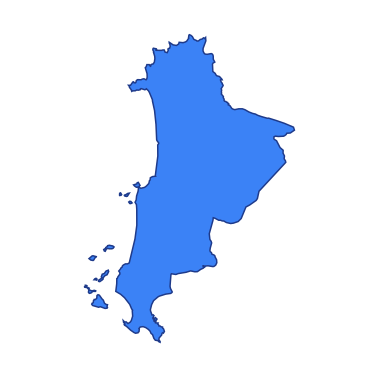 outline of Kiri Sakor, Kaôh Kong, Cambodia, rotated 13°
{"feature_id": "14789045B21288093424690", "entity_name": "Kiri Sakor", "entity_type": "district", "adm_level": 2, "iso_a3": "KHM", "parent_name": "Cambodia", "parent_adm1": "Kaôh Kong", "projection": "albers", "projection_center": [103.125, 11.088], "detail": "fine", "context": "isolated", "style": "filled", "palette": "blue", "viewbox_px": 384, "rotation_deg": 13, "n_neighbors": 0, "source": "geoboundaries", "source_scale": "gbopen_adm2", "svg_char_len": 6060}
<svg xmlns="http://www.w3.org/2000/svg" viewBox="0 0 384 384"><g transform="rotate(13 192 192)"><path d="M276.3,106.0L266.6,104.3L258.0,103.4L250.1,102.8L248.7,103.2L242.8,102.9L238.8,102.5L236.3,101.8L233.4,101.8L229.4,101.2L225.1,99.9L222.4,99.6L218.9,100.4L215.2,102.1L213.8,102.1L212.1,101.7L209.5,99.3L207.8,98.9L208.1,98.0L207.8,97.7L207.3,97.8L206.5,96.7L205.6,96.8L204.7,96.2L203.3,96.2L202.7,95.7L202.4,94.3L201.2,93.0L201.1,91.9L198.5,89.9L198.6,89.0L198.0,87.4L198.0,86.1L197.2,84.8L198.4,81.3L198.0,80.6L197.3,80.2L197.1,79.3L195.8,78.4L194.5,76.4L194.9,75.9L196.1,75.8L195.8,75.4L192.8,73.3L190.1,73.2L189.1,72.6L187.9,71.2L185.2,69.9L183.2,62.8L183.4,61.8L185.0,60.3L182.9,57.9L182.1,54.8L181.5,53.7L180.7,53.0L179.6,52.8L175.9,54.4L173.8,54.7L172.3,53.8L171.0,52.0L170.5,49.6L171.5,41.6L170.5,38.4L169.9,39.5L169.6,39.2L168.5,39.2L167.3,40.8L165.7,41.5L164.4,43.3L162.9,43.8L162.3,43.4L159.5,42.9L157.4,40.5L155.7,39.6L154.1,39.3L153.7,39.8L153.9,42.5L154.2,42.8L152.9,46.2L151.8,47.3L149.7,48.5L145.8,49.0L145.7,50.8L143.9,52.7L140.5,52.9L136.1,51.2L136.3,52.0L137.0,52.7L138.0,54.9L137.8,57.1L136.7,57.5L136.4,58.2L137.0,59.3L136.5,61.8L134.2,61.7L133.1,59.9L131.8,60.1L130.3,60.9L125.3,62.0L124.3,61.6L125.3,61.6L125.5,61.1L125.0,60.5L122.0,60.6L121.7,61.5L122.0,62.5L123.3,64.2L123.1,64.6L125.1,68.1L125.8,70.3L126.1,74.0L125.3,76.0L124.3,76.4L123.1,77.5L123.5,78.4L123.3,78.8L122.4,78.4L121.7,77.5L119.4,78.0L119.2,80.2L118.5,81.4L121.6,86.8L122.5,90.2L122.5,92.1L122.0,93.0L119.7,92.5L118.1,93.2L117.1,94.1L113.7,94.8L112.7,95.9L112.7,97.6L112.3,98.4L110.9,98.6L110.3,97.8L109.6,98.1L108.1,101.8L106.1,102.3L107.3,103.3L107.5,104.1L110.3,106.5L110.2,106.9L110.7,107.5L111.2,106.9L114.0,106.1L115.1,105.1L117.0,104.8L118.1,104.2L118.4,103.5L118.7,103.7L119.2,102.7L123.0,103.0L123.7,102.6L124.3,101.7L126.7,103.1L128.1,104.6L132.8,111.2L132.9,112.0L137.2,121.1L141.7,134.2L145.8,149.0L146.3,149.8L148.6,151.8L148.6,152.5L148.0,153.8L150.6,164.6L152.6,184.5L152.9,184.8L150.0,185.9L148.2,187.5L148.5,189.8L148.0,190.4L148.0,193.4L146.2,196.5L144.7,198.2L141.3,199.9L139.8,199.4L139.2,198.3L139.9,197.3L137.5,194.7L136.5,195.3L136.4,196.5L133.5,198.2L134.7,199.1L136.7,199.9L138.1,199.4L139.0,200.5L139.3,203.4L138.9,208.3L139.4,212.4L138.8,214.8L140.7,216.8L142.1,221.4L145.7,236.8L147.0,250.5L146.8,275.2L145.4,276.5L143.3,277.0L141.5,278.6L140.8,279.8L140.8,280.9L139.7,282.3L139.7,283.0L138.4,285.5L139.7,286.7L140.2,288.1L138.8,291.5L138.7,292.9L138.2,293.3L139.3,298.4L140.1,306.0L145.5,307.7L150.1,310.2L156.6,315.5L159.5,319.5L160.7,320.5L160.5,321.1L162.1,326.3L161.8,330.9L161.0,332.8L159.2,334.6L157.2,333.4L155.5,333.8L154.0,332.8L154.7,334.5L156.4,335.7L155.8,336.5L156.4,337.0L158.3,337.6L163.4,340.5L167.2,342.0L168.8,342.3L171.1,341.3L171.2,340.6L171.8,340.0L171.5,337.5L171.0,337.0L171.9,335.2L174.6,334.2L177.4,334.5L180.4,335.7L182.5,337.1L183.9,339.0L185.6,339.8L187.8,343.2L189.6,344.7L192.2,344.5L193.3,345.3L194.7,345.6L194.6,344.9L192.9,343.3L192.8,341.6L194.6,338.2L194.6,336.4L195.3,335.6L195.9,335.9L196.5,334.1L195.1,331.8L194.0,331.2L193.7,330.2L192.3,330.3L190.9,329.7L190.0,330.0L189.3,328.9L188.3,328.4L188.5,327.3L185.8,327.7L185.5,327.1L185.9,326.3L185.5,326.1L184.9,326.5L184.2,326.5L183.8,326.0L183.7,325.0L184.1,324.8L185.4,325.3L186.1,324.9L186.5,323.7L184.6,322.6L183.3,324.1L182.9,323.9L182.6,324.2L182.1,323.5L182.6,322.9L182.4,321.9L182.8,321.1L181.8,320.4L180.7,320.8L178.4,317.3L177.9,315.9L178.0,310.8L179.0,306.5L182.4,301.9L183.6,300.8L189.4,297.4L194.1,295.6L195.1,294.4L195.2,293.8L192.7,290.8L191.8,288.8L190.1,277.5L190.3,276.3L194.8,276.0L196.9,274.6L204.2,271.6L208.4,269.2L212.7,269.1L215.2,268.4L217.9,265.4L220.1,263.7L220.4,263.0L219.3,261.6L219.7,261.3L220.2,261.2L221.3,262.2L221.8,261.1L224.2,260.3L229.1,260.0L230.1,259.6L231.5,258.0L232.1,255.4L231.2,252.5L229.3,250.3L228.5,248.9L227.5,248.4L225.4,248.1L224.5,246.6L223.3,246.1L222.6,245.0L222.4,242.5L222.6,237.2L221.7,235.7L220.1,234.2L218.2,228.8L218.8,214.9L218.5,212.3L220.2,212.4L224.4,213.5L226.1,213.1L227.9,213.4L229.5,213.1L232.3,214.0L236.8,214.0L239.4,213.0L243.6,210.4L245.9,206.8L247.9,194.5L251.2,191.6L256.4,185.8L257.2,183.7L257.1,176.2L276.7,142.0L276.1,140.7L274.3,138.9L274.0,136.1L272.0,133.7L271.4,130.8L267.8,128.9L262.8,123.0L260.3,122.2L259.7,121.5L259.5,119.7L260.7,118.8L263.6,118.5L268.5,117.1L269.5,116.4L270.8,114.8L271.2,113.4L274.5,112.4L277.9,108.7L276.3,106.0ZM131.8,320.1L129.9,317.3L128.5,316.5L125.0,313.4L123.5,313.2L122.7,314.2L123.1,316.9L122.1,318.4L121.4,318.9L120.9,318.7L120.4,320.3L120.7,321.7L120.1,322.8L119.7,322.9L119.5,323.9L120.6,324.9L121.5,325.0L126.9,325.3L128.5,324.4L133.5,325.0L135.4,324.3L135.6,323.4L135.0,323.0L135.0,320.8L133.7,320.9L131.8,320.1ZM127.9,291.7L128.7,288.3L128.0,287.0L126.0,288.4L124.9,291.1L123.0,292.3L122.7,295.1L123.4,295.7L122.9,296.8L120.9,298.9L121.1,300.1L122.3,300.1L124.3,297.9L125.0,296.7L124.6,295.8L126.0,293.1L127.9,291.7ZM126.9,262.4L123.4,262.5L121.8,263.3L121.7,264.1L120.4,265.6L120.3,266.5L118.9,267.9L119.8,269.2L120.8,269.3L121.4,266.8L122.5,266.0L124.5,265.9L126.8,265.3L127.7,264.7L128.4,263.3L128.3,262.9L126.9,262.4ZM113.3,276.5L109.9,276.4L109.0,276.8L106.6,280.1L108.7,281.1L111.0,281.0L111.5,280.5L112.4,277.7L113.3,276.8L113.3,276.5ZM117.5,311.2L120.4,310.5L120.4,309.9L118.8,309.8L116.8,310.9L113.5,310.4L113.6,312.9L114.6,313.8L115.1,313.8L116.8,312.7L117.5,311.2ZM129.1,211.1L130.0,210.6L131.2,207.2L129.6,207.9L128.1,209.5L126.9,210.2L126.9,210.7L127.3,211.0L129.1,211.1ZM134.9,217.1L136.1,216.1L134.6,215.0L133.4,215.0L132.6,216.0L133.9,217.2L134.9,217.1ZM122.3,211.7L123.6,211.2L124.0,210.3L122.6,208.9L121.8,209.5L122.1,211.4L122.3,211.7ZM111.8,308.4L110.8,308.1L110.4,307.5L110.6,306.9L109.5,306.7L109.0,306.9L109.3,307.4L108.6,308.5L108.8,308.9L111.2,308.8L111.8,308.4ZM119.1,298.5L118.6,297.8L117.8,297.7L116.7,298.6L116.3,299.5L117.6,299.2L118.8,299.4L119.1,299.2L119.1,298.5ZM113.5,308.9L112.2,309.0L112.1,309.4L112.9,309.9L113.4,309.8L113.5,308.9Z" fill="#3b82f6" stroke="#1e3a8a" stroke-width="1.5"/></g></svg>